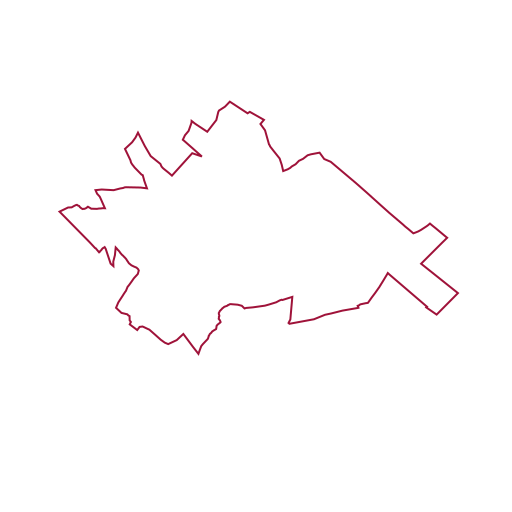 Cantamayec, Yucatán, Mexico (Equal Earth projection), rotated 307°
{"feature_id": "50627088B95910287491923", "entity_name": "Cantamayec", "entity_type": "district", "adm_level": 2, "iso_a3": "MEX", "parent_name": "Mexico", "parent_adm1": "Yucatán", "projection": "equal_earth", "projection_center": [-89.083, 20.414], "detail": "fine", "context": "isolated", "style": "outline", "palette": "rose", "viewbox_px": 512, "rotation_deg": 307, "n_neighbors": 0, "source": "geoboundaries", "source_scale": "gbopen_adm2", "svg_char_len": 4508}
<svg xmlns="http://www.w3.org/2000/svg" viewBox="0 0 512 512"><g transform="rotate(307 256 256)"><path d="M189.1,82.2L188.4,81.6L188.0,81.4L186.7,80.7L183.9,79.5L181.6,76.7L173.2,72.4L166.9,114.8L165.5,122.7L165.7,123.3L164.8,127.2L164.5,128.5L165.2,128.7L166.1,128.6L166.6,128.7L167.0,128.8L167.7,128.9L168.5,128.8L169.2,128.9L169.7,128.9L170.9,129.3L171.6,129.7L172.0,129.8L171.3,131.6L162.4,144.5L162.1,148.2L165.6,145.4L171.8,142.8L178.4,138.8L178.1,140.7L177.7,142.0L177.7,142.8L177.5,143.5L177.3,144.5L176.9,145.4L176.7,146.4L176.6,146.9L176.3,148.1L176.3,148.8L176.2,149.9L175.9,151.4L175.9,152.0L175.7,152.8L175.6,153.4L175.4,154.2L175.3,154.6L175.0,155.2L174.7,156.0L174.4,157.1L174.0,158.0L173.7,159.1L173.7,159.7L173.6,161.7L173.6,162.2L173.9,163.7L174.1,164.8L174.3,165.6L174.6,166.8L174.8,167.5L174.6,169.4L174.5,169.9L174.3,170.2L173.9,171.1L170.6,172.4L170.1,172.4L165.1,171.9L163.6,171.9L161.7,172.0L157.5,172.1L155.8,172.1L154.1,172.0L149.9,173.1L148.6,173.1L145.4,173.3L144.6,173.4L138.5,173.8L136.0,174.0L130.4,175.4L129.6,182.8L132.0,188.4L131.7,189.7L131.9,191.2L128.6,193.8L128.0,195.8L127.7,195.8L125.4,196.3L125.4,205.7L129.3,205.7L131.4,207.8L131.7,209.0L132.4,212.5L133.0,215.2L132.4,223.2L131.8,230.3L131.9,235.3L132.8,238.9L141.1,243.3L150.0,244.9L146.8,255.9L145.5,260.3L143.2,268.9L146.7,267.8L147.7,267.5L151.1,266.5L153.7,266.6L160.7,267.4L161.2,267.3L161.9,267.1L162.6,266.8L163.4,266.6L163.8,266.3L164.3,266.3L165.0,266.3L165.7,266.1L166.3,266.1L167.1,266.4L167.7,266.4L168.2,266.5L169.2,266.4L171.0,267.0L172.2,267.5L173.6,268.1L174.7,267.6L176.4,266.6L176.9,266.6L178.0,266.6L179.8,267.1L181.0,267.4L181.4,267.5L181.9,267.5L182.3,267.0L182.7,266.2L183.0,265.7L183.1,264.9L183.4,264.0L184.1,263.8L185.0,263.0L185.3,262.9L185.9,262.9L186.2,262.7L186.5,262.4L186.9,261.9L187.1,261.5L187.6,261.0L188.1,260.6L188.5,260.6L189.0,260.5L189.4,260.4L190.5,260.2L191.2,260.4L191.7,260.4L193.0,260.6L193.4,260.6L193.9,260.6L194.5,260.8L195.5,261.1L196.2,261.2L196.5,261.3L197.0,261.7L197.6,262.1L198.4,262.6L198.8,262.8L199.2,263.1L200.1,263.2L200.5,263.6L201.6,264.0L202.3,264.7L206.1,270.7L207.7,274.6L207.2,278.4L208.6,279.4L213.1,284.4L221.7,293.0L224.7,295.3L231.2,300.0L234.9,301.7L236.5,302.8L236.8,303.6L245.2,309.6L240.1,312.8L226.0,321.6L222.1,322.3L222.0,323.5L240.4,340.4L241.6,341.1L250.6,346.5L255.2,350.5L264.4,357.9L275.7,368.5L276.3,369.0L276.6,368.6L277.4,367.2L278.2,367.7L278.5,367.9L279.1,368.1L279.6,368.2L280.1,368.4L280.5,368.7L281.2,369.3L281.5,369.6L282.5,370.4L282.9,370.8L283.5,371.3L284.0,371.7L284.8,372.5L285.5,373.2L286.0,373.6L292.4,373.4L295.4,373.4L296.5,373.4L297.0,373.4L298.0,373.4L301.4,373.3L304.4,373.2L305.4,373.2L306.2,373.1L307.0,373.0L307.8,373.0L308.0,372.9L309.2,372.8L310.8,372.7L311.3,372.6L311.7,372.6L320.4,371.7L321.7,371.5L321.5,373.7L318.4,423.1L317.4,422.9L317.9,435.5L319.9,435.8L342.7,438.9L347.9,439.6L349.2,392.5L378.3,396.6L385.6,397.7L385.7,394.9L386.3,382.9L386.4,379.1L386.5,377.1L386.6,375.4L383.9,374.8L382.3,374.3L379.0,373.1L376.2,372.1L373.3,370.8L370.8,369.3L368.8,368.0L369.2,361.2L369.3,357.5L369.6,354.4L370.7,335.9L370.8,335.0L371.7,324.2L373.3,306.1L374.4,291.6L376.2,259.0L374.5,252.1L376.8,244.6L370.2,238.6L367.5,236.6L361.9,235.1L357.9,233.0L353.1,232.4L349.1,230.7L347.0,230.3L344.4,229.2L340.2,226.6L344.3,221.7L348.1,216.2L350.5,206.9L352.0,201.3L352.7,200.3L352.9,199.3L361.8,187.6L364.1,180.1L369.5,180.4L367.4,164.3L364.9,163.4L363.5,142.2L358.4,141.6L356.9,141.4L356.4,141.3L349.9,138.9L349.3,139.0L348.3,139.2L340.7,142.5L325.9,142.3L325.1,129.8L325.0,127.3L325.0,127.1L325.1,124.4L325.1,123.3L323.6,124.3L315.3,126.9L309.7,126.6L304.8,127.6L304.7,129.7L302.9,152.9L299.7,143.2L269.6,140.5L269.9,136.3L270.1,129.8L270.2,128.6L270.6,126.7L272.0,124.2L272.4,111.8L276.9,101.0L283.5,87.5L278.1,88.5L272.2,88.6L262.7,86.9L256.9,98.1L255.4,100.0L254.6,102.1L254.2,103.7L253.6,105.9L252.1,115.7L252.4,116.9L250.1,119.9L250.0,120.1L249.1,121.1L244.4,128.2L241.2,122.6L234.2,112.9L233.0,111.2L231.9,109.9L230.3,108.9L228.2,106.9L222.9,102.7L216.2,92.7L212.0,88.2L210.1,91.6L209.4,95.4L208.4,97.3L203.2,106.6L202.1,105.0L201.2,104.1L200.8,103.7L200.1,102.8L199.6,102.3L199.2,101.8L198.3,101.0L198.0,100.6L197.6,100.2L197.0,99.3L196.3,98.4L195.8,97.6L194.6,96.0L194.6,95.4L194.2,92.1L194.0,91.9L193.4,91.9L192.5,91.7L191.4,91.2L190.3,90.5L190.0,90.0L189.5,89.6L189.1,89.2L189.0,87.6L189.0,87.0L189.1,85.8L189.5,84.6L189.2,83.7L189.1,82.9L189.1,82.2Z" fill="none" stroke="#9f1239" stroke-width="2"/></g></svg>